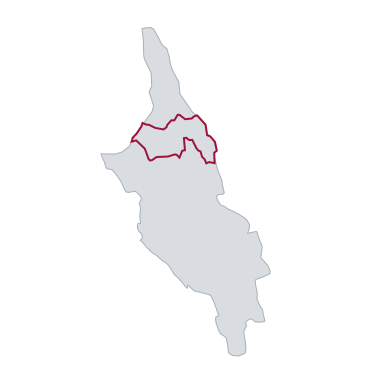 Georgia, with Samegrelo-Zemo Svaneti highlighted, rotated 51°
{"feature_id": "GEO-3029", "entity_name": "Samegrelo-Zemo Svaneti", "entity_type": "Region", "adm_level": 1, "iso_a3": "GEO", "parent_name": "Georgia", "parent_adm1": "", "projection": "robinson", "projection_center": [42.261, 42.648], "detail": "coarse", "context": "in_parent", "style": "outline", "palette": "rose", "viewbox_px": 384, "rotation_deg": 51, "n_neighbors": 0, "source": "natural_earth", "source_scale": "10m", "svg_char_len": 2778}
<svg xmlns="http://www.w3.org/2000/svg" viewBox="0 0 384 384"><g transform="rotate(51 192 192)"><path d="M196.8,262.6L196.9,261.5L196.5,259.7L195.0,258.5L193.0,257.7L189.2,258.0L185.7,257.2L183.2,255.0L182.6,253.4L184.0,252.0L183.0,250.9L178.6,248.3L171.4,241.6L167.4,240.1L165.8,236.0L164.1,235.1L160.7,234.7L157.2,235.1L156.4,235.6L155.3,236.3L152.5,241.4L150.5,243.2L145.6,242.4L141.6,241.2L138.4,240.5L132.0,240.0L124.8,240.0L119.9,243.6L117.9,243.2L114.2,241.4L108.2,239.9L105.1,238.7L114.2,227.8L116.9,221.3L117.0,217.3L117.1,212.4L112.4,202.1L108.4,187.5L104.3,172.3L101.0,167.7L87.3,162.4L84.2,156.5L73.7,148.8L59.0,145.4L56.1,144.0L43.4,134.3L33.5,128.0L35.6,124.2L38.5,120.3L41.6,119.3L50.6,120.9L58.9,122.7L65.0,121.4L72.2,124.5L78.7,128.1L85.4,130.7L98.3,133.0L103.1,136.4L108.7,139.7L130.8,141.4L132.6,140.9L134.2,140.4L141.6,139.2L148.2,139.4L155.1,143.4L159.5,143.2L164.2,142.6L170.3,144.7L175.1,147.1L175.5,149.6L179.7,153.1L192.0,158.5L201.9,161.5L205.0,163.6L212.5,167.2L213.3,168.3L213.1,169.7L211.0,172.4L210.5,174.7L211.5,176.1L214.6,177.4L220.8,177.7L223.1,176.0L227.7,174.8L232.2,172.6L238.3,169.7L246.6,167.1L250.0,167.1L253.2,167.9L255.4,169.3L259.2,174.7L262.9,167.2L263.8,166.6L267.3,168.1L273.4,170.2L277.6,171.3L279.8,172.9L286.3,179.8L296.7,179.4L301.1,180.5L303.4,181.6L304.5,183.0L302.8,189.8L300.3,197.0L300.5,198.7L304.8,201.4L310.5,204.2L313.5,206.5L315.6,208.6L320.1,210.1L325.4,211.1L327.9,211.2L330.6,212.9L337.4,216.2L338.3,217.0L337.2,219.0L334.6,222.8L332.4,224.7L330.0,225.1L327.7,225.9L326.9,227.9L326.8,230.6L327.3,232.4L327.9,233.1L330.3,233.8L332.8,239.3L336.7,242.0L342.6,245.2L347.9,248.8L350.5,252.1L350.1,254.5L348.5,259.5L344.2,263.6L340.6,264.7L339.3,264.3L336.9,263.0L332.0,259.8L326.8,257.3L322.8,258.1L320.2,259.1L314.9,257.9L308.8,255.7L305.5,253.6L304.1,252.0L305.0,249.1L291.0,244.0L284.2,242.6L281.2,244.2L271.1,251.9L269.9,252.6L262.0,253.7L262.0,254.3L263.8,256.0L263.5,256.5L250.3,256.7L246.0,257.7L234.3,256.4L230.4,257.0L227.2,258.2L219.2,259.5L213.7,261.2L206.6,262.0L199.3,262.1L196.8,262.6Z" fill="#d9dde1" stroke="#a8b0b8" stroke-width="1"/><path d="M135.7,139.8L148.3,139.1L157.4,144.5L160.2,142.8L167.5,142.6L175.5,146.7L175.5,150.0L183.8,156.3L179.6,159.8L178.7,162.8L174.4,161.6L171.0,162.0L165.9,159.9L163.4,161.1L160.7,161.0L151.6,159.0L150.0,161.4L146.2,162.4L145.1,164.4L155.1,171.2L153.8,173.6L157.4,180.1L153.3,180.5L151.9,181.9L149.3,188.4L142.5,197.5L142.1,203.0L141.1,204.8L139.2,205.0L128.7,201.4L116.8,202.9L114.9,207.2L112.5,204.0L111.8,198.3L109.3,190.3L107.2,187.0L110.9,185.1L112.6,183.2L119.1,180.2L125.5,174.7L125.6,171.1L124.3,169.0L123.3,162.9L125.2,160.6L123.0,154.5L124.1,153.2L131.1,151.5L134.7,146.0L134.5,142.7L135.7,139.8Z" fill="none" stroke="#9f1239" stroke-width="2"/></g></svg>